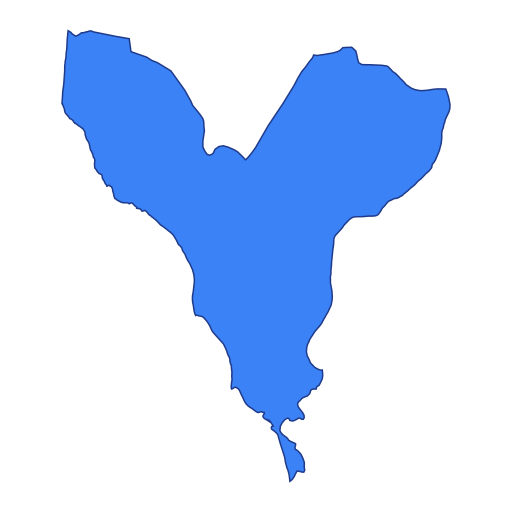 outline of Mbour, Thiès, Senegal
{"feature_id": "50182788B56533800648606", "entity_name": "Mbour", "entity_type": "district", "adm_level": 2, "iso_a3": "SEN", "parent_name": "Senegal", "parent_adm1": "Thiès", "projection": "robinson", "projection_center": [-16.867, 14.372], "detail": "fine", "context": "isolated", "style": "filled", "palette": "blue", "viewbox_px": 512, "rotation_deg": 0, "n_neighbors": 0, "source": "geoboundaries", "source_scale": "gbopen_adm2", "svg_char_len": 5963}
<svg xmlns="http://www.w3.org/2000/svg" viewBox="0 0 512 512"><path d="M386.6,66.0L382.0,65.3L371.0,64.8L361.9,64.6L358.7,62.7L357.6,58.8L356.6,54.1L355.8,51.0L353.4,48.7L351.7,47.3L346.8,47.4L342.8,47.7L339.8,50.6L336.8,51.9L332.8,53.0L327.9,53.8L325.2,54.3L317.0,55.5L313.6,55.0L312.7,57.6L309.2,61.9L305.4,67.2L301.8,71.5L297.7,78.4L294.1,85.4L282.8,103.8L268.3,125.5L255.6,147.5L251.9,152.7L247.7,157.8L245.6,159.8L242.8,156.9L237.8,152.0L234.6,150.0L228.1,147.1L223.2,145.8L218.7,146.6L215.0,149.4L213.3,153.1L211.4,154.6L209.6,155.2L207.1,154.3L204.9,151.2L202.9,147.0L202.9,140.8L204.4,130.8L203.9,126.1L203.7,121.3L202.7,118.4L200.1,114.6L197.0,110.7L192.7,105.5L190.7,100.9L184.8,90.3L170.9,70.9L157.5,62.7L151.7,60.4L146.8,57.2L131.0,51.7L129.2,38.7L115.9,36.4L93.5,31.9L91.4,31.0L89.7,30.9L88.0,31.6L85.7,32.0L83.7,32.7L81.4,32.8L78.7,34.8L75.8,36.2L72.3,34.0L70.8,32.3L68.1,30.7L67.8,33.4L67.6,35.7L67.3,38.0L66.8,48.2L66.6,50.4L66.2,52.6L66.0,56.8L65.7,59.1L65.2,61.1L65.1,63.1L64.8,65.3L64.7,67.2L64.7,70.9L63.8,83.5L63.4,87.0L63.0,89.3L62.8,91.2L62.0,103.7L62.1,103.9L62.5,103.9L63.2,106.1L64.2,108.4L64.5,109.7L64.7,111.1L65.3,112.9L69.1,117.4L69.8,118.6L71.0,119.0L72.4,120.0L73.2,120.9L73.6,121.9L74.4,122.7L75.2,123.0L75.1,123.4L76.5,124.0L78.1,125.4L80.5,126.9L82.3,128.5L82.8,128.5L83.6,129.9L84.2,130.6L84.7,131.6L85.1,133.0L85.1,134.1L85.4,135.6L85.9,137.1L86.1,137.9L86.6,139.1L87.1,139.7L87.4,140.6L88.1,141.4L88.7,142.3L89.0,143.4L89.5,144.5L89.4,145.3L89.8,146.2L90.0,147.8L90.6,150.2L91.4,151.2L92.8,154.5L93.2,155.8L93.3,157.2L94.1,158.0L94.7,159.4L94.8,162.0L94.4,163.7L94.6,164.8L94.6,166.4L94.8,168.0L96.4,169.9L97.4,171.8L98.0,172.2L98.7,173.2L99.3,173.7L100.3,174.0L101.3,174.5L102.1,175.4L102.3,178.0L103.1,179.6L104.0,180.9L104.6,182.1L105.0,183.1L105.7,184.2L106.4,184.9L106.7,185.5L106.9,186.2L107.4,186.1L108.3,185.5L109.1,185.2L110.0,186.0L111.5,186.9L112.2,188.3L112.6,189.6L112.7,190.8L113.7,194.3L113.9,195.8L114.9,198.6L115.8,198.9L116.7,199.8L117.5,200.3L118.8,201.0L120.8,202.1L121.7,202.4L123.7,202.8L127.0,202.8L128.0,203.0L128.8,203.6L129.7,203.7L130.4,203.1L131.4,202.8L132.3,203.2L135.5,206.4L136.4,207.0L137.1,208.0L136.9,208.3L138.2,208.5L139.7,208.8L140.9,209.4L141.5,210.6L142.1,211.2L143.5,210.9L144.3,210.4L145.5,210.9L146.7,211.8L147.5,212.7L147.9,213.4L149.4,215.1L150.1,215.3L151.1,216.1L151.5,216.7L152.7,217.4L156.2,220.3L160.5,224.9L162.7,226.3L166.7,229.3L168.7,231.0L170.7,232.5L173.4,235.2L176.3,240.0L178.4,244.4L180.6,246.4L181.8,248.0L182.6,250.7L185.1,254.4L186.2,257.4L188.0,260.9L189.8,263.7L192.5,269.7L193.5,273.3L194.0,276.0L194.4,279.7L194.3,282.4L193.2,292.1L192.5,295.8L192.4,298.1L192.6,302.0L193.3,305.3L194.0,310.3L194.7,313.4L195.7,315.5L196.5,315.1L198.7,315.8L200.9,316.2L203.0,316.9L205.2,319.3L207.2,321.7L208.4,323.5L209.7,325.8L212.3,331.3L214.0,333.4L218.7,338.6L223.5,344.0L225.3,347.7L226.6,350.6L227.4,353.3L228.3,355.6L229.2,357.1L229.5,357.9L229.9,359.7L229.9,361.2L230.0,361.8L230.4,363.0L230.6,364.0L231.4,365.8L231.4,367.9L231.9,371.6L231.9,374.0L231.8,375.3L231.8,377.5L232.1,379.0L231.6,382.4L231.2,386.6L231.4,388.6L231.8,389.1L233.8,387.8L235.1,387.2L236.3,387.5L238.5,389.0L239.6,390.7L241.3,394.6L242.5,396.8L243.8,399.8L245.0,402.2L246.4,404.2L247.8,405.6L249.9,407.3L251.5,408.2L255.5,411.2L256.9,412.1L258.2,412.6L261.3,411.6L262.4,412.3L263.5,412.5L264.2,412.4L264.4,413.6L263.5,414.7L263.0,415.8L263.0,416.8L263.6,417.7L264.3,418.4L266.2,419.7L267.0,420.0L268.9,421.3L268.8,420.9L268.5,420.1L269.3,420.5L270.3,421.6L272.4,424.8L273.0,425.5L273.3,426.1L271.7,426.5L271.6,426.8L271.3,427.5L271.5,429.0L272.4,429.8L274.7,431.4L276.9,433.5L277.8,434.7L280.2,443.2L284.5,456.7L285.1,459.6L285.4,462.0L286.8,467.3L287.9,470.1L289.1,474.6L289.6,478.8L289.9,481.3L292.0,479.7L292.8,478.7L294.3,476.4L295.3,474.2L297.0,471.1L298.4,471.1L302.1,472.1L303.8,472.1L304.7,470.3L304.2,466.6L304.3,464.3L304.3,462.4L303.0,458.5L301.0,454.4L299.3,452.4L297.6,450.6L295.2,449.2L295.0,446.9L295.6,445.3L295.5,443.6L291.1,441.6L288.7,440.3L287.6,438.5L286.0,437.0L283.2,435.1L281.0,432.7L279.9,430.6L280.3,426.5L281.1,424.8L282.2,422.8L284.5,420.0L286.2,418.8L287.7,418.2L289.0,418.5L289.6,420.2L290.7,420.7L292.9,421.0L294.7,420.3L296.9,419.2L298.4,418.2L300.0,418.1L301.5,419.2L303.3,419.3L304.2,417.7L304.0,415.2L302.8,412.9L299.5,408.6L298.2,406.7L297.6,404.6L297.9,402.6L300.6,399.9L302.1,398.2L304.8,396.9L307.3,396.0L309.8,393.5L310.8,390.2L312.3,389.2L314.5,389.0L316.1,389.1L316.8,386.7L319.1,385.3L320.5,382.6L322.2,379.0L322.7,375.8L322.6,372.8L322.3,370.0L321.4,370.3L318.2,369.3L314.8,367.4L312.9,365.4L310.5,363.0L309.1,359.5L307.2,355.8L306.4,351.7L306.8,347.2L307.5,344.5L309.1,341.3L309.4,340.0L311.2,337.1L312.7,334.9L314.6,331.9L317.6,328.3L319.5,326.2L321.8,323.0L323.8,319.1L325.2,316.9L325.9,315.4L328.0,311.9L331.1,305.2L332.0,300.6L332.3,296.9L331.9,290.8L330.4,282.6L330.5,279.8L330.3,277.6L330.9,273.7L331.0,269.2L331.4,266.0L331.6,261.8L332.8,250.0L333.6,244.4L333.9,238.8L334.4,237.3L335.3,235.5L342.0,228.2L344.0,225.2L349.3,219.6L351.9,217.7L354.6,216.8L363.1,216.6L368.6,216.1L372.4,216.1L375.6,215.8L377.7,214.9L378.5,214.1L380.6,211.3L382.3,208.1L384.7,205.8L386.4,203.6L388.1,201.7L389.6,200.7L390.2,200.6L394.4,198.5L396.5,198.4L398.3,197.7L399.5,197.1L400.4,196.4L402.2,195.6L403.4,194.3L407.5,191.0L410.4,188.3L414.6,184.9L418.2,181.0L420.9,178.9L423.6,176.1L425.7,173.8L428.0,171.9L429.4,170.6L431.6,167.7L432.1,165.1L432.6,163.8L433.9,162.5L435.5,159.8L439.5,150.1L439.9,148.1L440.5,146.1L441.3,142.8L441.8,137.2L441.7,133.7L442.2,130.2L443.1,128.2L443.5,126.3L443.9,124.2L444.7,122.3L445.3,119.6L446.4,117.2L449.0,111.7L449.8,108.7L450.0,104.5L448.5,96.9L446.6,91.2L445.8,89.0L437.6,88.9L433.2,89.3L427.0,90.3L421.2,90.7L418.2,90.3L414.8,89.6L410.8,87.9L408.2,86.0L406.3,84.8L404.3,82.4L402.2,80.2L400.5,78.7L398.6,76.5L395.6,73.5L393.0,71.8L390.7,69.3L387.9,66.5L386.6,66.0Z" fill="#3b82f6" stroke="#1e3a8a" stroke-width="1.5"/></svg>